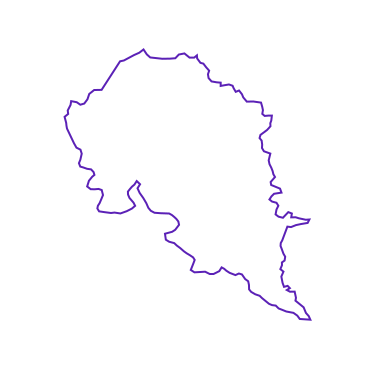 Nova Glória, Goiás, Brazil, rotated 78°
{"feature_id": "56859067B657997990289", "entity_name": "Nova Glória", "entity_type": "district", "adm_level": 2, "iso_a3": "BRA", "parent_name": "Brazil", "parent_adm1": "Goiás", "projection": "orthographic", "projection_center": [-49.482, -15.08], "detail": "fine", "context": "isolated", "style": "outline", "palette": "violet", "viewbox_px": 384, "rotation_deg": 78, "n_neighbors": 0, "source": "geoboundaries", "source_scale": "gbopen_adm2", "svg_char_len": 2848}
<svg xmlns="http://www.w3.org/2000/svg" viewBox="0 0 384 384"><g transform="rotate(78 192 192)"><path d="M124.6,295.8L127.4,292.3L131.6,291.9L137.2,294.5L140.3,296.6L143.9,296.0L145.3,293.4L147.5,289.8L148.9,286.0L152.1,284.1L155.0,283.9L156.3,286.4L159.6,290.5L164.8,293.4L168.2,290.5L169.1,286.6L169.6,282.7L171.3,279.9L176.5,279.7L180.0,282.1L183.7,284.7L185.9,286.9L188.4,288.0L191.6,286.9L193.4,282.1L195.7,275.6L196.0,272.1L198.1,266.5L197.2,259.8L195.7,254.2L193.7,250.5L190.3,251.4L184.8,254.4L181.2,255.1L178.3,254.6L176.2,252.1L174.3,249.6L172.8,246.8L169.8,243.8L173.6,241.2L177.0,244.5L182.0,243.4L187.8,240.9L193.5,239.0L198.4,238.0L201.8,236.2L204.5,233.0L206.2,227.2L208.3,218.8L210.4,216.4L212.8,214.5L215.1,212.9L218.0,211.5L221.4,211.5L225.5,216.3L226.8,219.7L227.2,227.1L233.2,227.5L235.9,224.7L238.3,220.0L241.2,218.0L244.5,215.1L248.4,212.2L250.8,210.0L253.4,207.2L256.2,204.5L259.0,203.5L262.6,205.8L268.0,209.4L271.1,206.3L272.7,195.7L275.9,191.7L276.7,188.0L275.1,181.8L271.9,178.7L273.8,176.5L276.1,174.8L278.9,172.0L282.3,166.8L281.5,163.1L283.0,160.3L288.2,158.1L291.0,155.6L294.8,155.6L299.1,156.4L302.0,154.9L305.2,151.4L307.6,147.4L310.3,145.6L314.3,142.4L317.4,139.9L319.3,137.2L320.5,133.7L323.9,131.5L326.2,128.0L328.5,124.6L331.3,117.9L334.8,114.7L338.6,113.0L341.5,102.8L337.7,103.6L334.0,105.7L328.0,106.8L319.8,113.4L317.1,112.3L310.8,112.3L309.9,116.9L307.6,119.6L306.4,116.3L303.7,118.0L303.9,121.7L299.7,122.3L293.3,122.2L288.9,119.1L285.8,121.6L282.3,119.2L279.6,118.7L278.3,115.7L274.7,114.3L271.3,115.4L266.2,116.1L263.2,116.6L260.4,115.8L258.1,113.8L245.7,105.9L246.9,102.4L246.0,97.2L246.0,92.1L246.3,85.3L243.3,82.9L242.8,86.5L239.9,93.0L238.3,95.8L237.4,100.2L233.8,98.8L231.7,102.0L236.1,108.4L234.1,112.5L231.3,114.9L226.7,113.0L223.4,110.4L220.1,111.6L218.0,115.7L215.4,117.8L212.8,115.2L210.8,112.1L211.2,104.6L207.0,105.2L201.6,113.1L198.6,113.0L194.6,107.7L191.6,108.7L188.2,108.8L184.7,109.4L180.9,110.4L177.0,110.4L173.4,108.7L170.7,107.4L167.1,113.2L163.5,114.4L160.2,113.5L156.2,113.2L153.3,114.7L150.4,113.2L146.9,105.6L144.0,101.6L141.0,101.1L138.6,99.6L133.9,98.0L133.1,101.8L132.7,105.1L130.2,107.0L126.7,105.6L123.3,105.6L118.9,105.9L116.2,113.3L115.0,119.6L110.1,122.2L106.8,122.8L102.5,124.9L103.1,128.4L99.1,129.7L96.5,130.2L94.5,133.5L94.3,138.4L94.2,141.9L91.0,141.2L89.9,144.9L87.9,149.9L84.0,152.1L80.1,151.9L76.9,150.0L73.0,152.2L68.8,154.2L67.4,156.9L62.4,159.2L59.4,158.8L61.0,161.9L60.0,166.5L54.9,170.6L54.8,176.3L57.7,180.5L57.0,185.7L55.5,193.4L51.7,204.9L48.0,207.6L42.5,209.8L44.8,214.6L46.0,220.2L49.2,231.3L49.2,235.2L73.3,259.2L71.9,266.5L74.7,272.1L79.6,275.0L83.1,279.0L83.4,283.1L80.2,286.1L78.0,291.3L81.6,292.7L86.4,296.6L89.9,296.9L92.0,301.0L98.2,300.7L101.0,301.0L103.9,301.1L119.8,297.3L124.6,295.8Z" fill="none" stroke="#5b21b6" stroke-width="2"/></g></svg>